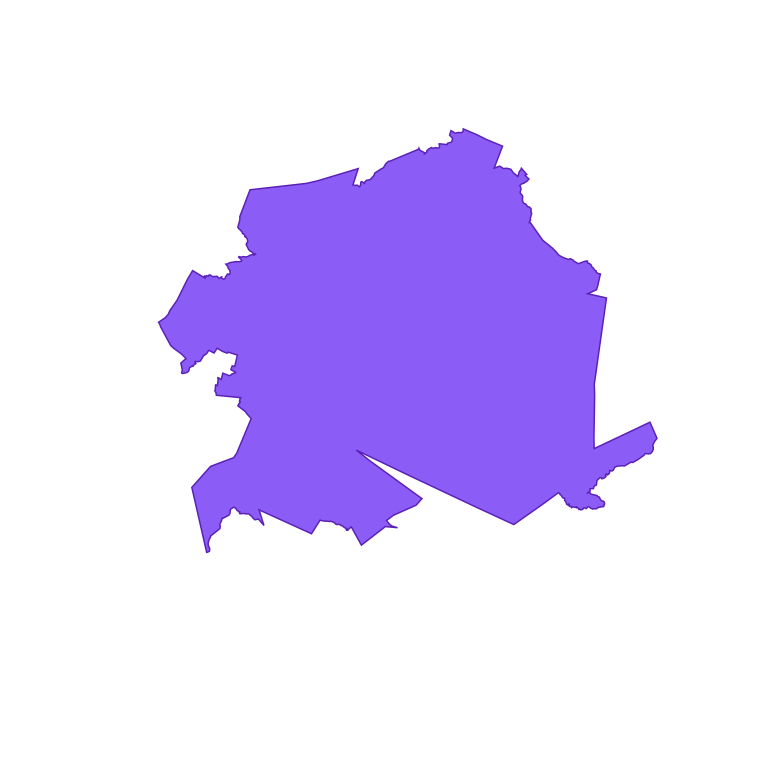 Matamoros, Chihuahua, Mexico (orthographic projection), rotated 320°
{"feature_id": "50627088B2899062177537", "entity_name": "Matamoros", "entity_type": "district", "adm_level": 2, "iso_a3": "MEX", "parent_name": "Mexico", "parent_adm1": "Chihuahua", "projection": "orthographic", "projection_center": [-105.531, 26.712], "detail": "fine", "context": "isolated", "style": "filled", "palette": "violet", "viewbox_px": 768, "rotation_deg": 320, "n_neighbors": 0, "source": "geoboundaries", "source_scale": "gbopen_adm2", "svg_char_len": 6159}
<svg xmlns="http://www.w3.org/2000/svg" viewBox="0 0 768 768"><g transform="rotate(320 384 384)"><path d="M249.6,196.8L245.3,217.4L245.8,221.4L248.1,230.7L248.7,237.2L241.8,237.4L238.5,243.7L236.2,245.2L236.1,246.0L236.4,246.5L239.4,248.1L241.1,248.6L242.5,248.6L243.8,247.9L244.9,246.8L245.8,246.6L248.2,246.9L249.0,247.7L251.1,247.0L252.4,247.4L253.1,247.3L253.2,245.7L253.8,245.4L255.7,247.2L257.6,248.3L258.4,248.3L264.1,246.3L266.1,246.7L268.8,246.5L270.0,245.9L271.5,245.7L273.7,251.0L279.2,249.4L281.2,255.1L283.6,259.5L284.2,259.7L285.1,259.4L290.3,267.6L280.9,274.6L279.4,272.5L275.9,274.6L277.8,279.5L277.6,279.9L273.4,278.5L272.3,278.7L270.8,278.1L267.5,272.1L262.2,275.9L261.6,274.6L261.4,273.2L260.8,272.4L260.1,273.3L260.1,273.8L255.6,277.8L255.2,277.9L254.6,276.5L254.3,276.5L250.7,280.3L250.1,280.4L249.7,281.6L249.8,282.5L248.3,284.9L265.4,302.3L264.2,302.6L263.8,303.3L262.5,303.9L262.1,304.6L262.5,305.0L262.3,305.3L261.4,305.5L261.0,306.0L260.1,305.8L259.1,306.6L258.3,306.5L258.0,307.0L260.0,315.6L259.8,319.2L260.0,325.1L226.6,342.4L221.5,343.8L198.2,335.6L170.3,339.7L139.9,399.0L142.2,399.9L142.9,399.9L144.6,398.2L145.6,394.8L146.7,393.2L149.6,391.0L152.9,389.6L153.3,389.0L165.3,389.3L167.4,387.5L167.8,386.0L171.3,384.5L173.8,382.8L174.2,382.8L174.5,383.4L180.8,384.8L182.8,384.2L185.6,381.4L189.4,381.6L189.8,381.9L190.4,383.9L190.5,384.6L190.1,386.0L190.7,387.6L190.5,388.4L191.4,389.2L190.2,390.4L190.2,390.8L192.9,392.7L194.4,394.2L195.1,395.2L196.5,396.0L196.9,396.8L197.3,399.3L197.8,400.1L197.4,402.0L197.8,405.0L201.0,406.8L201.1,415.2L207.4,400.1L232.2,452.1L247.6,447.2L248.1,448.2L250.6,451.1L252.2,452.4L253.9,454.4L255.0,454.9L256.3,457.1L256.9,459.0L257.0,460.3L257.5,461.3L259.4,462.6L260.4,465.3L261.3,466.6L261.1,467.4L261.8,469.2L261.6,470.0L262.6,470.6L262.1,471.9L261.6,471.5L261.3,471.9L262.3,472.8L263.7,472.3L264.7,472.7L265.5,472.3L267.1,472.6L263.1,492.9L293.4,494.1L302.0,502.8L298.6,497.7L298.1,494.3L298.2,490.2L306.8,490.6L330.7,497.5L339.4,496.2L324.0,434.6L320.3,416.9L344.1,469.6L376.2,539.2L393.1,575.1L425.8,577.9L447.8,579.4L448.2,581.2L447.7,581.8L448.2,583.0L447.8,585.9L448.1,586.8L448.9,587.6L448.3,588.8L447.6,589.2L447.4,591.7L446.6,593.5L447.0,594.5L447.8,594.5L447.7,595.1L448.5,595.3L447.9,596.0L447.3,595.7L447.8,597.5L448.4,597.8L448.2,599.3L449.2,599.4L450.5,600.3L451.0,601.4L452.3,601.8L452.0,602.6L452.9,603.0L453.0,603.6L452.6,605.3L453.5,605.6L453.5,606.4L453.8,606.7L455.1,607.6L456.0,607.7L457.0,607.3L458.0,607.5L458.7,609.4L460.0,609.4L460.9,609.1L461.9,609.4L462.3,610.3L462.3,611.4L463.5,614.0L464.5,614.3L465.9,615.7L467.2,616.3L468.2,616.1L469.1,616.4L473.2,618.9L474.3,618.8L474.9,618.0L475.9,617.7L476.9,616.1L476.5,614.3L475.8,613.7L475.5,612.2L476.2,608.9L475.4,607.8L475.5,606.6L475.2,605.9L473.4,603.7L471.7,601.1L471.9,599.5L470.2,598.4L471.4,598.2L473.1,598.5L474.6,596.7L477.2,598.8L478.8,597.6L480.1,597.4L481.3,597.9L482.1,597.7L484.7,595.1L486.0,594.7L489.3,594.6L490.1,595.4L489.9,596.6L492.2,597.6L494.6,597.5L495.1,595.9L496.7,595.9L496.6,597.2L498.6,597.5L500.1,596.7L501.2,595.3L502.7,597.2L503.1,597.3L504.2,597.4L507.2,596.1L509.8,596.8L514.2,600.0L515.5,601.4L522.9,602.6L524.2,604.1L530.0,605.1L537.2,605.7L539.5,605.2L541.8,607.7L543.6,608.6L546.2,608.2L548.3,607.1L549.8,605.4L550.4,603.7L554.0,602.1L558.2,601.1L563.2,584.2L503.5,568.6L509.6,560.9L538.4,527.7L544.8,519.5L609.7,461.1L598.1,445.8L607.3,448.4L610.4,446.5L620.5,438.8L618.9,436.7L618.5,434.9L619.2,433.7L618.5,432.1L618.9,430.4L618.8,429.1L618.4,428.7L619.2,425.8L618.7,423.3L618.0,422.7L617.9,421.9L617.9,421.5L618.9,420.6L617.2,419.3L610.3,416.8L608.4,412.0L608.6,411.0L607.4,407.9L606.9,407.5L605.6,407.3L605.2,406.9L602.7,402.6L601.5,399.7L600.7,397.4L600.8,393.4L600.4,388.4L598.0,375.8L599.8,354.8L599.6,353.9L599.1,353.8L599.7,353.1L601.4,352.8L602.3,351.4L606.9,348.1L607.1,346.5L608.0,346.0L609.4,344.0L609.0,341.6L608.0,340.5L608.3,337.3L607.2,335.6L607.4,334.0L608.5,331.7L610.8,329.6L611.2,328.1L611.0,325.4L611.6,324.6L614.1,322.9L615.0,321.6L615.6,319.3L617.9,319.1L620.1,320.1L624.9,320.6L626.1,320.0L626.8,320.1L626.1,314.9L628.1,315.2L627.9,307.0L626.4,308.0L625.7,307.9L623.7,308.5L620.3,310.9L619.7,310.9L619.7,309.6L618.8,305.2L619.2,301.1L616.8,297.7L613.9,295.7L613.0,292.1L612.6,291.5L607.2,289.4L627.7,278.0L619.7,262.7L615.4,252.8L608.7,239.5L607.1,241.2L605.5,241.4L604.3,240.8L602.4,238.9L599.9,237.8L598.2,233.0L594.2,235.5L594.4,240.0L591.4,242.1L587.2,240.4L586.2,241.2L581.1,235.8L580.5,235.5L579.4,237.5L578.6,238.3L578.0,238.3L576.7,237.7L575.6,236.2L572.9,234.8L572.3,233.3L569.2,232.7L566.8,232.8L565.7,233.9L562.9,233.7L563.7,232.8L561.7,227.8L562.3,225.9L561.8,226.2L560.5,226.1L531.8,217.1L530.6,216.3L526.9,216.4L522.4,218.0L520.4,217.4L512.6,216.5L510.3,217.8L505.0,218.5L504.4,218.4L501.6,216.7L499.5,216.9L498.0,217.6L497.2,214.9L496.1,214.4L493.4,216.9L491.9,217.1L491.3,214.5L489.4,213.1L488.2,211.5L502.7,202.4L463.6,185.6L455.7,181.6L452.2,179.6L406.2,149.1L381.1,163.1L380.0,164.6L377.7,166.6L372.8,169.9L372.6,172.1L373.0,173.8L372.8,174.5L373.1,175.4L373.0,176.2L372.4,177.5L372.8,178.0L372.5,178.5L372.8,178.9L373.0,180.6L372.2,181.5L372.7,181.8L372.4,182.5L372.7,184.1L371.9,186.1L370.8,187.7L370.2,188.0L369.3,187.7L368.8,188.4L368.3,188.4L368.0,188.7L366.7,194.2L366.8,195.7L367.6,197.8L367.7,199.8L368.5,200.7L369.0,201.9L367.4,201.7L366.4,200.4L364.3,199.2L361.9,198.9L360.1,198.0L359.4,197.5L358.0,195.8L357.1,195.6L355.9,194.7L354.8,193.2L354.3,193.4L354.2,193.7L354.6,197.0L354.3,198.0L353.8,198.2L351.6,197.2L349.5,195.3L343.9,191.9L341.4,191.4L339.9,190.5L339.8,193.6L339.0,195.3L339.0,197.6L337.8,199.7L336.9,200.5L335.7,200.6L335.2,199.3L334.5,199.2L333.0,199.8L331.5,199.9L330.5,200.9L329.4,201.0L328.7,200.6L327.8,199.3L327.8,198.3L328.6,197.7L328.2,197.4L326.2,197.4L325.5,197.0L325.4,194.2L322.0,191.8L321.1,190.1L321.1,189.0L320.9,188.6L319.6,188.0L318.4,188.5L317.8,187.0L317.3,186.9L316.7,187.3L315.9,185.9L315.4,186.0L315.2,187.7L315.0,187.9L310.3,174.1L300.3,177.6L279.4,186.8L267.5,190.0L263.5,191.9L259.2,192.6L251.0,191.8L250.6,194.2L249.6,196.8Z" fill="#8b5cf6" stroke="#5b21b6" stroke-width="1.5"/></g></svg>